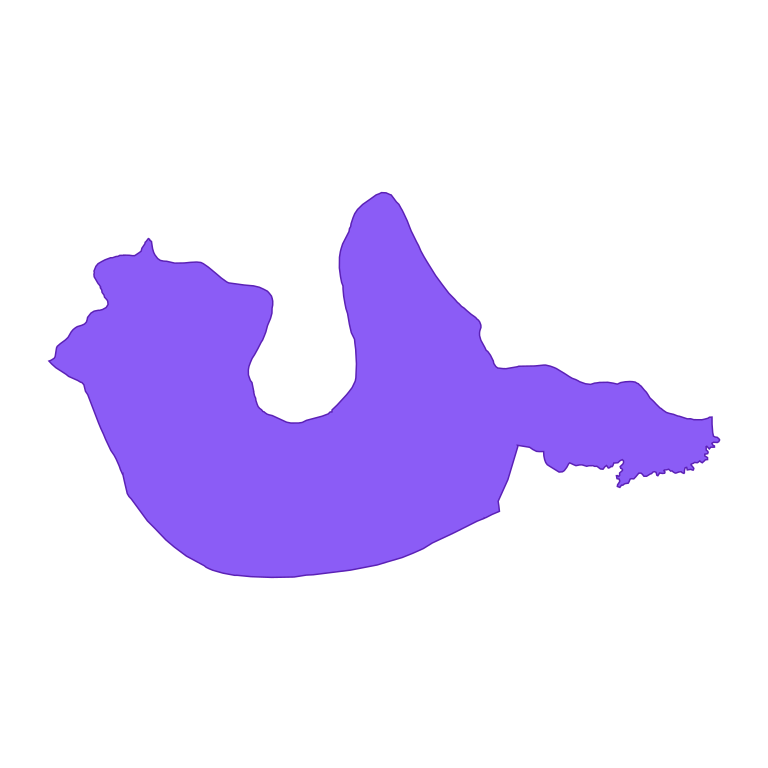 outline of Sami, Central River, Gambia, rotated 179°
{"feature_id": "56634734B54242206420565", "entity_name": "Sami", "entity_type": "district", "adm_level": 2, "iso_a3": "GMB", "parent_name": "Gambia", "parent_adm1": "Central River", "projection": "orthographic", "projection_center": [-14.663, 13.545], "detail": "fine", "context": "isolated", "style": "filled", "palette": "violet", "viewbox_px": 768, "rotation_deg": 179, "n_neighbors": 0, "source": "geoboundaries", "source_scale": "gbopen_adm2", "svg_char_len": 6101}
<svg xmlns="http://www.w3.org/2000/svg" viewBox="0 0 768 768"><g transform="rotate(179 384 384)"><path d="M56.6,345.2L59.2,345.1L60.7,344.1L64.3,343.2L66.8,342.7L74.8,342.9L78.0,343.9L81.4,343.9L89.2,346.6L90.9,346.9L95.0,348.6L99.1,349.6L102.1,350.6L105.2,352.8L107.4,354.7L108.4,355.2L112.3,359.2L114.7,361.9L118.4,365.5L120.1,368.5L121.8,371.2L124.0,373.6L126.9,377.3L128.8,378.8L129.6,379.8L131.3,380.5L132.7,381.5L135.4,382.0L138.1,382.2L142.7,382.0L147.3,381.3L150.7,379.8L154.6,380.8L160.2,381.8L168.5,381.8L171.1,381.4L173.5,381.2L177.4,380.0L182.5,380.7L188.4,382.9L189.6,383.7L192.3,385.1L195.7,386.4L198.8,388.3L202.0,390.5L211.3,396.4L213.4,397.4L217.3,398.9L222.0,400.1L224.2,400.1L232.9,399.4L249.0,399.4L250.5,398.9L261.7,397.2L264.6,397.3L270.0,398.0L271.9,399.5L273.9,402.7L274.3,405.1L277.0,410.8L279.6,414.6L281.3,416.0L282.5,418.7L286.4,426.1L286.8,427.6L287.6,430.7L287.6,433.4L287.3,435.4L286.1,438.8L286.1,440.8L286.3,441.8L286.8,443.2L287.3,444.5L288.5,446.2L290.0,447.4L291.2,448.9L295.8,452.3L300.0,456.0L302.6,458.5L305.1,460.2L308.0,463.4L309.0,464.1L311.9,467.6L317.6,473.6L324.2,482.6L330.5,491.5L339.0,505.7L341.7,510.4L344.8,516.3L347.0,521.7L349.0,525.6L352.8,533.7L354.1,536.4L355.5,540.1L357.9,546.7L361.3,554.3L362.8,557.5L363.8,559.2L366.0,563.4L368.4,565.8L373.5,572.9L374.5,573.2L378.6,575.1L383.2,575.4L385.2,574.4L388.6,573.2L390.3,572.0L395.4,568.5L402.2,563.9L407.4,559.0L410.3,554.8L412.0,550.9L414.1,544.9L414.6,542.0L415.8,540.0L416.3,537.1L422.9,524.8L424.4,520.4L425.3,517.2L426.3,511.6L426.6,500.8L425.6,492.0L424.6,486.3L423.3,482.8L423.3,479.6L422.8,472.7L421.6,464.9L420.7,460.0L419.2,455.1L417.5,444.0L415.8,435.9L412.7,429.3L412.4,425.4L411.7,419.0L411.2,404.6L412.0,390.8L412.7,387.4L415.9,381.0L419.1,376.9L421.8,373.7L431.3,363.7L436.4,359.0L436.6,357.0L438.3,357.0L440.3,355.1L442.2,354.4L446.4,352.9L462.2,349.0L466.4,347.0L470.0,346.5L477.8,346.6L482.0,347.5L496.3,354.4L499.5,355.2L501.4,355.9L503.1,357.1L504.6,358.4L505.6,358.6L506.8,360.3L509.0,362.0L509.5,362.8L510.2,363.5L511.2,366.0L512.4,369.9L512.6,372.1L513.6,374.3L514.5,378.4L514.3,378.5L516.0,387.8L517.5,389.8L518.2,391.7L519.4,395.4L519.4,400.3L519.1,402.0L518.7,404.0L517.2,407.9L515.4,411.9L512.9,415.6L509.5,421.5L506.1,427.9L504.6,430.1L502.7,434.5L501.2,438.2L499.5,444.3L496.3,451.6L494.8,456.8L494.6,461.7L493.9,464.9L493.8,468.8L494.3,471.5L495.0,473.9L497.0,476.6L498.9,478.8L502.7,480.9L506.9,482.9L512.7,484.4L522.0,485.4L537.5,487.8L539.5,488.8L544.8,492.8L550.0,497.4L557.7,504.0L562.6,507.5L565.0,508.7L569.2,509.2L575.5,509.0L581.6,508.5L591.1,508.5L599.1,510.5L602.1,510.7L605.5,511.5L608.1,513.4L610.8,517.1L612.0,519.6L613.0,523.2L613.5,526.7L614.0,530.6L614.7,531.1L615.7,531.8L615.7,532.6L616.6,533.3L617.1,533.5L619.6,530.4L620.3,529.9L620.6,528.4L623.7,524.0L624.5,521.1L626.2,519.8L631.0,516.7L633.2,516.7L635.9,517.1L637.4,517.2L641.8,517.4L641.8,517.2L646.1,517.2L647.4,516.4L648.6,516.2L649.6,516.2L653.2,515.0L655.2,515.0L660.8,513.0L664.2,511.3L667.8,509.3L670.0,506.7L672.0,502.0L671.7,500.3L672.1,498.9L671.9,496.2L668.2,489.6L667.7,488.9L667.3,488.6L665.6,485.9L666.0,485.2L664.6,483.0L664.3,480.5L662.4,477.8L661.9,475.6L661.2,474.9L659.5,472.9L658.8,471.5L658.5,468.3L660.5,465.3L664.1,463.4L667.3,462.6L668.3,462.7L672.6,461.9L675.8,460.0L679.2,455.8L679.7,453.4L680.5,451.1L682.4,449.2L685.1,448.0L689.7,446.7L691.7,445.5L693.9,443.8L695.8,441.6L699.1,436.1L701.8,433.6L706.9,430.0L710.1,427.3L710.8,425.8L712.3,417.2L713.3,415.5L716.4,413.6L718.6,412.8L715.7,409.6L711.8,406.0L701.8,399.3L699.2,397.1L690.2,392.9L687.5,391.2L686.0,390.7L684.1,388.5L682.6,381.9L680.4,378.5L676.7,368.3L670.1,350.1L667.9,344.5L665.3,338.6L663.3,333.5L658.2,322.2L655.1,317.5L653.1,313.6L650.2,306.7L649.0,303.0L647.1,298.6L646.7,298.9L646.7,298.3L645.2,290.9L642.6,278.9L640.9,275.9L638.7,273.5L622.9,251.2L615.2,243.2L604.8,231.9L596.7,224.8L584.6,215.4L566.8,205.4L565.1,203.9L562.2,202.4L558.3,200.7L548.3,197.7L536.6,195.3L534.2,195.3L520.4,193.7L499.7,192.6L477.3,192.6L464.9,194.3L458.3,194.5L420.7,198.5L393.9,203.2L384.8,205.8L368.8,210.2L357.8,214.4L347.5,218.8L338.5,224.2L316.0,234.3L293.6,245.1L286.0,248.0L286.0,248.3L285.8,248.2L284.3,248.7L278.2,251.7L270.8,254.7L271.3,260.0L271.9,264.8L261.8,286.2L251.3,319.1L251.7,320.4L239.5,318.2L236.3,315.9L232.7,314.0L229.8,313.7L225.6,313.7L225.4,309.3L224.7,305.6L223.7,302.7L222.2,300.5L220.0,299.0L210.5,292.9L207.1,293.1L205.2,294.3L202.7,297.5L200.8,300.9L199.8,301.9L198.6,301.4L196.2,300.2L193.5,299.0L189.8,299.7L187.4,299.7L183.7,298.5L182.8,298.2L180.6,298.7L176.4,298.7L175.0,298.0L172.5,298.0L169.1,295.3L166.5,295.0L164.5,297.5L162.9,298.6L161.2,296.1L159.8,296.4L158.5,297.8L157.6,297.3L156.6,298.3L155.6,301.0L154.4,301.0L151.5,301.2L149.3,303.2L147.1,304.2L145.9,303.0L145.9,301.0L146.6,299.8L149.3,297.3L148.8,295.6L148.1,295.4L147.1,294.4L147.1,293.4L150.0,290.9L150.0,288.5L151.0,287.5L152.0,288.3L153.2,288.3L152.7,285.3L150.5,284.8L150.0,282.9L150.3,281.9L152.2,279.2L152.5,277.5L150.0,276.5L148.3,278.7L146.9,278.7L145.4,279.9L144.4,280.2L141.5,280.6L140.5,282.4L139.6,284.6L138.3,285.0L135.9,284.8L133.9,286.8L130.8,290.4L128.6,290.4L127.4,289.4L125.7,287.2L123.0,287.2L119.3,289.4L118.1,289.7L116.4,291.4L114.9,291.6L113.5,290.9L112.8,288.0L111.8,287.5L110.6,289.2L110.1,290.2L107.1,289.7L105.0,289.9L104.7,290.6L104.7,291.4L105.7,292.4L105.2,293.1L102.8,293.3L100.8,293.8L98.9,291.9L97.6,292.1L96.2,290.9L94.5,289.9L93.5,289.9L90.6,290.9L88.4,291.1L87.4,290.1L85.7,289.4L85.2,289.9L85.2,291.8L84.5,294.8L83.5,295.3L82.8,295.3L82.3,292.8L78.6,293.3L77.2,292.6L76.2,292.6L75.7,294.3L76.9,296.0L78.4,297.7L78.4,298.4L76.0,299.4L74.7,300.2L73.3,299.9L71.8,299.9L69.6,301.6L68.6,300.6L67.2,299.7L65.2,301.4L64.0,302.6L61.8,302.8L61.8,304.8L64.5,306.5L64.5,308.2L61.6,308.7L61.1,310.2L61.6,311.2L63.0,312.4L63.0,315.8L62.3,316.1L59.9,313.4L58.4,315.1L54.7,315.1L54.7,316.3L56.4,317.3L57.2,319.0L55.5,320.0L51.8,319.7L50.3,320.5L49.4,322.2L50.1,323.4L51.8,324.9L53.5,325.1L55.5,326.1L56.2,329.8L56.7,338.1L56.6,345.2Z" fill="#8b5cf6" stroke="#5b21b6" stroke-width="1.5"/></g></svg>